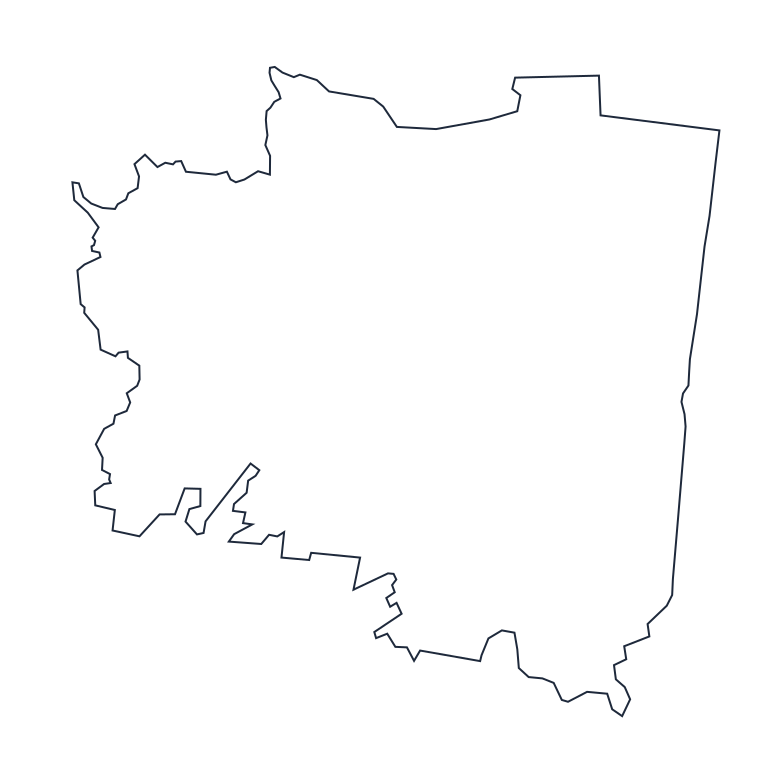 outline of Farish, Jizzakh, Uzbekistan, rotated 93°
{"feature_id": "79887680B52998751839701", "entity_name": "Farish", "entity_type": "district", "adm_level": 2, "iso_a3": "UZB", "parent_name": "Uzbekistan", "parent_adm1": "Jizzakh", "projection": "robinson", "projection_center": [67.349, 40.658], "detail": "fine", "context": "isolated", "style": "outline", "palette": "slate", "viewbox_px": 768, "rotation_deg": 93, "n_neighbors": 0, "source": "geoboundaries", "source_scale": "gbopen_adm2", "svg_char_len": 2409}
<svg xmlns="http://www.w3.org/2000/svg" viewBox="0 0 768 768"><g transform="rotate(93 384 384)"><path d="M79.5,484.2L82.3,490.1L78.3,501.7L73.1,509.7L74.2,514.4L79.2,514.6L86.7,512.4L91.7,509.0L98.1,504.5L104.3,502.3L107.9,508.3L114.0,511.9L117.6,515.5L126.3,515.8L133.8,514.8L141.8,513.4L151.6,515.0L162.1,509.7L180.9,508.9L178.1,520.9L187.1,534.1L190.3,542.5L187.7,548.0L180.2,552.0L183.8,562.8L182.4,592.9L172.0,598.2L172.8,603.8L175.7,606.2L174.5,614.0L179.2,621.6L167.5,634.7L177.5,644.7L189.5,639.5L201.3,640.3L206.9,649.3L213.2,651.3L218.4,659.3L223.3,661.8L222.9,674.3L219.1,685.8L213.0,694.0L199.6,699.2L198.9,705.7L216.7,702.9L228.4,688.8L242.5,677.2L253.1,682.6L256.1,679.9L260.5,680.9L261.9,683.3L266.4,682.5L267.6,675.1L272.0,673.8L280.4,689.4L286.6,696.1L320.1,691.1L323.2,687.0L328.6,687.1L344.8,672.3L364.5,668.8L370.4,653.6L366.6,650.7L364.9,641.9L371.3,641.1L378.5,629.3L392.3,628.3L398.7,630.4L406.7,640.4L415.7,636.5L424.4,639.6L429.5,650.9L437.8,652.1L443.4,661.1L459.3,668.6L472.4,661.1L484.6,661.1L488.3,652.9L493.7,653.5L497.2,651.8L498.5,658.3L506.0,667.4L520.3,666.0L523.9,646.2L544.5,647.4L548.9,620.2L526.0,601.3L525.0,585.9L498.7,577.6L498.3,561.8L515.5,561.0L519.1,571.8L531.8,575.0L544.0,562.9L542.2,556.4L530.5,555.0L470.4,513.1L476.6,504.0L482.4,507.4L487.6,514.6L499.8,515.5L511.7,527.5L518.6,528.2L519.5,515.7L530.3,517.5L531.1,508.2L541.8,525.8L549.5,530.7L550.2,498.2L540.6,490.9L541.8,482.6L537.1,476.0L562.7,477.3L563.7,449.5L556.4,447.9L558.6,398.8L591.0,403.7L572.9,370.1L573.1,364.5L578.6,361.5L584.4,365.4L591.4,362.4L597.6,370.5L606.1,366.2L601.9,360.0L612.5,354.4L632.2,380.7L638.2,378.6L633.2,367.7L645.9,358.9L645.8,347.3L658.9,339.5L648.3,334.0L655.7,273.5L649.8,272.4L632.6,266.4L623.9,253.4L625.5,240.7L641.9,237.0L660.6,234.5L669.1,224.2L669.7,210.4L673.6,198.9L690.2,189.9L691.7,183.6L680.8,165.1L681.6,144.9L696.9,139.1L703.2,128.8L686.0,121.7L674.1,127.7L666.8,137.0L652.7,139.6L646.2,127.7L633.3,130.4L622.2,105.8L609.9,108.2L590.6,90.0L579.7,85.2L576.9,85.2L563.7,85.3L502.1,83.3L427.4,81.0L410.7,80.6L398.4,82.3L386.3,86.0L377.8,84.9L369.6,79.9L355.1,79.9L343.1,79.8L298.0,75.1L280.7,74.1L229.9,71.1L199.1,67.7L146.1,64.5L113.2,62.3L104.4,181.8L64.8,185.5L71.2,269.1L82.7,271.3L88.5,262.9L104.6,265.2L114.3,292.5L126.7,345.3L126.6,384.6L107.0,399.3L99.8,409.3L94.7,454.2L84.0,467.0L79.5,484.2Z" fill="none" stroke="#1e293b" stroke-width="2"/></g></svg>